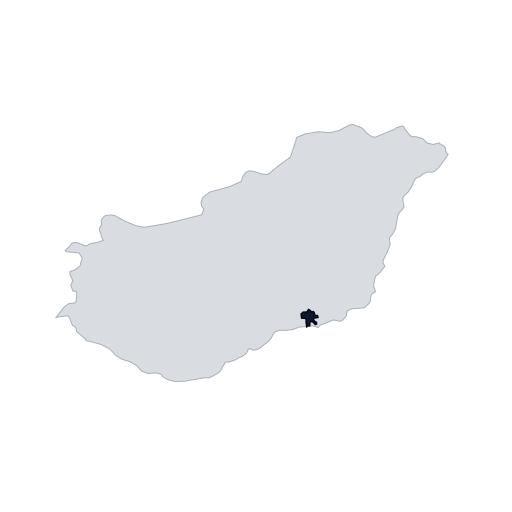 where Szeged sits in Hungary, rotated 349°
{"feature_id": "HUN-4916", "entity_name": "Szeged", "entity_type": "Urban county", "adm_level": 1, "iso_a3": "HUN", "parent_name": "Hungary", "parent_adm1": "", "projection": "equal_earth", "projection_center": [20.159, 46.25], "detail": "fine", "context": "in_parent", "style": "filled", "palette": "ink", "viewbox_px": 512, "rotation_deg": 349, "n_neighbors": 0, "source": "natural_earth", "source_scale": "10m", "svg_char_len": 3162}
<svg xmlns="http://www.w3.org/2000/svg" viewBox="0 0 512 512"><g transform="rotate(349 256 256)"><path d="M418.1,156.9L423.9,156.2L424.1,156.3L425.5,156.7L426.5,160.3L426.7,160.6L428.1,162.9L429.5,166.1L431.5,168.5L436.0,169.5L441.9,172.5L445.8,178.0L451.6,180.4L452.0,180.4L453.1,180.1L457.2,179.9L458.0,181.1L461.4,183.8L462.7,186.2L462.1,188.8L462.7,191.6L464.0,192.7L462.5,194.6L452.0,204.3L447.8,206.8L445.1,207.4L440.7,206.3L436.2,207.1L432.2,209.2L428.4,209.9L425.7,212.3L422.1,217.6L417.7,222.1L413.2,224.9L410.9,227.4L410.7,236.0L408.2,238.5L404.8,241.0L403.0,243.2L398.0,256.3L394.2,260.5L390.5,263.8L389.9,266.7L390.0,270.1L385.8,276.9L380.4,283.9L379.3,286.8L380.6,290.7L375.3,295.2L372.3,297.3L369.7,298.4L368.2,301.2L365.6,308.0L366.3,311.1L366.4,313.9L361.9,315.6L360.6,318.7L359.5,322.5L357.6,324.3L352.6,327.5L340.1,326.1L335.3,327.2L333.9,329.5L333.6,331.3L332.1,333.0L329.2,335.2L326.3,336.2L319.8,333.5L305.7,336.2L303.3,338.2L301.3,336.8L298.3,335.5L284.3,334.0L278.7,335.2L271.3,334.7L264.4,333.3L259.3,334.5L254.8,339.9L252.5,341.7L250.7,342.9L246.9,344.6L243.6,346.6L239.3,348.1L235.5,347.9L231.8,345.6L230.5,346.1L229.3,348.3L227.4,350.1L221.9,352.4L220.5,352.3L220.2,352.3L216.0,354.0L209.1,354.9L205.7,354.3L199.3,361.8L197.4,363.2L191.4,365.5L186.5,366.7L182.3,365.7L180.6,365.7L162.0,365.3L152.3,363.7L146.1,360.7L142.0,357.4L140.0,353.8L135.3,351.6L127.7,350.8L121.8,347.2L117.7,340.7L112.0,335.6L104.9,331.9L99.2,326.6L95.1,319.8L87.6,313.6L76.7,308.1L73.4,307.0L72.8,305.2L67.6,298.4L65.4,295.9L65.6,292.6L64.6,290.7L62.7,289.3L61.7,284.5L61.2,280.9L59.7,278.6L48.0,278.1L58.0,269.5L63.0,267.1L68.6,267.5L70.4,266.7L70.9,265.5L72.0,262.7L72.5,260.0L73.0,257.5L72.5,256.1L69.7,255.7L68.6,249.6L70.0,247.3L71.5,245.7L69.9,238.2L70.5,235.7L74.9,235.3L78.6,233.7L81.6,231.9L82.5,229.6L85.0,224.9L82.9,219.2L70.3,215.5L69.6,214.1L72.6,212.4L75.8,210.1L77.7,208.3L80.1,208.1L83.6,209.0L89.6,213.1L91.9,213.7L94.2,212.5L96.6,212.3L103.4,212.4L109.1,211.5L107.9,207.0L108.0,203.8L107.1,201.3L107.7,198.5L110.1,196.3L110.9,191.4L114.5,188.1L116.2,187.6L122.4,188.2L123.9,189.0L124.8,189.2L134.7,197.3L144.0,203.4L151.7,206.5L163.1,206.8L175.1,207.1L195.4,206.0L210.5,205.2L211.5,203.7L213.8,200.0L212.1,196.9L212.2,193.3L214.8,188.5L222.3,184.5L243.7,182.8L256.0,179.9L257.9,175.8L261.9,171.9L265.7,171.1L270.8,172.9L276.9,176.4L282.3,178.2L285.5,177.1L296.3,171.2L308.8,165.4L317.4,149.9L318.3,147.4L327.6,145.6L341.1,145.9L348.1,148.0L353.3,149.0L361.2,148.7L372.5,145.3L376.6,145.4L379.9,147.8L383.5,149.8L385.9,152.3L387.7,155.8L388.7,157.2L390.3,159.0L393.2,161.4L396.0,162.1L416.9,157.8L418.1,156.9Z" fill="#d9dde1" stroke="#a8b0b8" stroke-width="1"/><path d="M295.4,334.7L294.4,334.5L293.8,334.5L292.3,335.2L292.6,329.6L293.2,328.7L292.6,326.6L288.9,325.7L289.2,321.5L291.6,320.1L295.3,320.7L297.4,318.5L298.7,319.6L299.9,321.6L301.7,321.5L302.3,322.6L302.5,323.7L302.0,324.8L303.6,325.9L305.0,326.2L305.1,328.1L303.4,328.2L301.2,327.8L300.5,329.0L300.6,330.3L301.4,331.7L302.7,332.6L302.5,334.3L301.1,334.6L300.0,332.6L298.5,331.0L297.1,330.9L296.2,331.8L295.4,334.7Z" fill="#0f172a" stroke="#020617" stroke-width="1.5"/></g></svg>